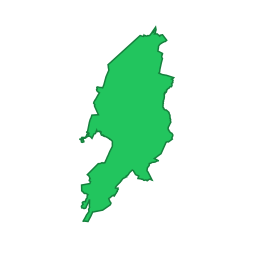 the district of Malinalco, México, Mexico, rotated 204°
{"feature_id": "50627088B13074792660902", "entity_name": "Malinalco", "entity_type": "district", "adm_level": 2, "iso_a3": "MEX", "parent_name": "Mexico", "parent_adm1": "México", "projection": "albers", "projection_center": [-99.486, 18.894], "detail": "fine", "context": "isolated", "style": "filled", "palette": "green", "viewbox_px": 256, "rotation_deg": 204, "n_neighbors": 0, "source": "geoboundaries", "source_scale": "gbopen_adm2", "svg_char_len": 5791}
<svg xmlns="http://www.w3.org/2000/svg" viewBox="0 0 256 256"><g transform="rotate(204 128 128)"><path d="M131.1,24.7L130.7,24.7L130.4,25.0L129.8,25.3L126.5,26.3L126.1,32.6L126.1,36.8L117.7,42.7L113.0,50.5L112.9,52.1L113.5,53.0L114.7,53.4L114.9,53.8L116.9,55.6L116.6,56.4L116.0,57.1L115.9,57.5L115.4,58.4L115.3,58.9L114.5,60.0L114.1,60.4L113.9,60.3L113.8,60.5L113.7,60.3L113.3,60.5L112.9,60.3L112.6,61.9L112.6,62.7L112.5,63.0L112.3,64.0L112.2,65.3L112.3,65.4L112.0,65.8L112.3,66.6L112.2,67.1L112.3,67.3L112.1,68.0L112.4,68.1L112.6,69.0L115.0,68.0L115.3,69.1L114.6,71.5L113.0,75.6L113.0,76.8L112.5,77.1L112.5,78.4L111.8,80.2L110.7,81.2L110.4,81.9L109.7,82.6L109.8,82.6L110.1,83.3L108.8,85.3L108.5,87.7L107.0,91.3L105.8,91.2L102.1,88.5L98.7,88.5L98.4,85.9L95.6,86.7L94.5,86.8L93.6,87.2L92.7,86.7L92.2,86.7L91.7,86.9L90.7,87.7L89.9,87.9L89.5,87.8L89.3,87.6L89.0,87.6L88.5,88.3L88.4,88.7L88.5,88.9L88.3,89.1L86.7,90.8L86.6,90.7L86.4,90.5L86.4,90.4L86.1,90.2L85.8,90.3L85.6,90.1L84.8,90.2L91.8,95.9L93.3,96.7L94.1,99.6L93.4,102.3L94.1,104.2L93.0,104.9L92.1,106.3L90.2,107.4L89.0,108.3L88.2,109.8L87.9,110.0L87.3,110.0L87.1,110.2L87.1,110.5L87.7,110.6L91.5,110.8L87.4,118.0L87.4,130.4L86.4,131.5L85.4,131.7L83.0,135.9L83.9,136.7L83.9,138.7L84.1,139.7L84.2,139.9L85.8,141.0L86.2,140.9L86.9,141.1L88.1,141.3L88.9,142.1L89.4,142.1L89.9,142.5L90.1,142.9L90.5,142.9L91.3,144.0L91.4,144.4L91.3,144.6L91.6,145.2L91.5,146.0L91.4,146.6L91.4,149.3L91.2,150.5L91.6,151.2L91.7,151.3L91.8,151.6L92.2,151.8L92.4,152.3L92.4,152.9L92.8,153.1L93.2,153.9L93.7,154.0L93.8,154.7L94.6,155.8L94.5,156.1L95.0,156.8L95.5,157.3L96.4,158.0L96.6,158.5L96.8,158.5L97.2,159.0L100.3,160.0L101.0,159.7L102.0,159.6L102.5,160.0L102.9,159.9L103.3,160.0L103.4,160.6L104.0,161.1L104.3,161.0L104.5,161.1L104.8,161.6L105.1,162.8L105.7,164.0L105.7,164.8L106.1,165.0L106.2,165.7L106.6,166.3L106.4,166.9L106.5,167.1L106.8,167.3L106.9,169.2L107.3,170.7L107.6,171.6L107.9,171.9L108.1,172.4L108.2,173.1L108.7,173.5L108.9,173.9L108.8,174.1L108.4,174.2L108.3,174.3L108.3,174.6L108.6,174.7L108.9,175.1L108.9,175.5L108.0,175.7L107.8,176.0L108.0,176.2L108.0,176.5L107.7,176.8L107.7,177.3L107.9,178.0L108.2,178.1L108.3,178.3L107.9,178.7L107.8,179.0L107.8,179.6L107.4,180.3L106.7,181.2L106.6,181.7L106.6,182.3L106.3,182.8L105.9,183.1L105.1,183.4L105.1,184.8L105.3,185.3L106.2,186.2L106.0,186.9L105.6,187.4L105.5,187.7L106.0,188.3L106.2,188.8L106.1,189.6L106.7,190.2L107.4,190.5L107.8,190.5L107.6,190.7L107.7,190.8L107.1,191.5L106.7,192.6L114.2,191.8L118.2,190.8L121.9,190.6L122.2,190.7L121.8,191.6L122.7,194.5L124.0,200.7L124.8,205.5L125.9,206.3L126.5,207.5L126.5,208.9L126.8,208.9L126.8,210.1L132.0,210.4L133.0,214.2L133.4,215.0L133.3,216.0L132.8,217.7L131.2,220.1L129.8,221.8L129.1,222.2L128.3,223.9L134.4,227.2L136.3,225.9L136.3,225.5L136.4,225.4L136.4,224.8L139.6,225.8L139.8,225.6L141.1,225.3L142.0,224.8L141.8,226.7L141.9,227.2L142.8,227.9L142.3,228.6L142.2,228.9L143.8,231.3L144.7,226.6L144.3,226.8L144.3,227.3L144.2,226.9L143.9,226.7L143.8,225.9L144.1,225.8L144.0,225.6L144.2,225.2L144.8,225.4L145.8,221.4L146.6,220.7L147.5,220.5L147.9,219.9L148.8,219.3L149.6,219.5L150.6,219.1L151.2,219.4L151.2,218.8L151.0,218.0L152.3,217.6L154.5,217.4L172.0,177.6L171.0,176.5L171.0,176.0L169.0,173.0L168.9,165.9L167.6,157.6L167.5,154.4L168.7,154.2L170.4,153.5L172.3,153.2L172.7,153.0L173.0,152.6L173.0,152.3L172.7,151.9L172.0,151.3L172.4,150.5L171.8,149.6L170.7,148.9L168.4,148.5L168.8,146.1L169.3,140.3L169.6,139.9L169.5,139.6L169.7,138.2L169.5,136.7L167.7,135.7L167.8,135.1L167.4,134.3L160.4,128.1L166.2,125.1L165.9,122.4L166.0,120.6L165.6,117.6L163.6,108.7L164.0,107.6L163.8,107.5L163.8,107.3L163.5,107.3L163.3,107.1L162.7,107.2L162.1,107.1L162.1,107.4L161.6,107.3L161.7,107.0L161.4,106.3L161.4,106.0L161.4,105.8L161.7,105.8L162.2,105.7L162.4,105.9L162.7,105.7L162.9,105.6L162.9,104.8L162.8,104.5L162.9,104.2L162.8,103.8L162.7,103.6L162.4,103.6L163.8,101.6L164.6,101.0L165.3,101.2L165.5,100.6L166.3,100.6L166.4,100.1L165.8,99.9L165.9,99.6L166.1,99.7L166.1,99.2L166.3,98.8L166.9,98.5L167.3,98.5L167.3,98.1L166.8,98.0L166.3,98.4L165.8,98.5L165.4,97.1L164.8,96.2L164.7,96.2L163.9,96.3L162.7,97.4L163.1,98.2L163.8,98.3L164.1,98.5L164.2,99.2L164.7,99.5L164.9,99.8L165.0,100.3L164.4,100.5L164.2,100.5L163.8,100.9L163.4,101.0L162.7,101.6L162.4,102.3L162.4,102.6L162.1,103.3L161.8,103.3L161.3,104.0L160.4,104.7L159.5,104.9L158.3,104.6L156.7,103.9L156.6,108.7L155.5,109.7L155.7,113.2L155.2,112.6L155.0,112.1L154.8,112.0L153.4,113.0L152.3,113.5L152.2,113.1L152.0,112.9L151.1,113.4L150.9,113.4L150.8,113.0L150.7,111.9L150.2,111.6L149.7,110.9L149.1,110.7L148.4,111.1L148.1,111.0L148.0,111.4L147.2,111.2L147.6,110.8L147.1,110.7L145.7,110.8L145.2,111.0L144.6,111.1L141.9,110.8L141.5,110.7L141.1,110.6L140.6,110.8L140.3,110.7L140.1,110.3L138.7,110.2L137.1,109.6L136.8,109.3L136.5,108.8L136.0,107.4L135.2,105.8L134.8,104.6L135.1,99.1L135.0,95.0L135.1,93.0L135.0,90.8L135.1,88.8L134.9,88.3L135.1,87.6L135.0,87.4L135.3,87.0L135.2,86.8L135.5,86.7L135.6,86.3L135.9,86.1L136.3,86.1L136.4,85.9L136.8,85.7L137.6,85.8L138.8,84.3L140.7,83.3L146.2,68.8L144.2,68.3L142.1,66.4L142.4,66.3L142.0,64.1L140.4,63.8L140.3,61.7L147.2,57.0L144.8,51.9L144.4,51.8L144.0,51.4L142.9,51.3L142.4,50.9L141.3,50.5L141.1,50.5L140.5,50.8L140.1,51.0L139.5,51.1L137.5,50.8L137.7,49.5L137.3,48.4L136.9,47.7L137.4,45.9L136.9,43.4L138.0,43.2L138.3,42.9L138.7,42.4L139.2,42.0L139.4,41.4L139.3,41.0L138.8,40.5L138.4,40.3L138.4,40.1L138.0,39.8L138.4,39.2L138.4,38.5L138.7,37.9L138.7,37.6L138.4,37.0L137.6,36.2L137.2,36.5L136.9,36.5L136.6,36.6L135.4,36.5L134.2,37.5L134.0,37.9L134.0,39.1L134.2,40.1L134.0,41.4L134.1,42.6L133.9,43.4L133.9,44.8L134.2,46.3L133.8,46.5L131.4,40.7L130.8,40.0L130.9,37.7L129.7,35.8L130.5,31.7L130.7,28.3L131.1,24.7Z" fill="#22c55e" stroke="#15803d" stroke-width="1.5"/></g></svg>